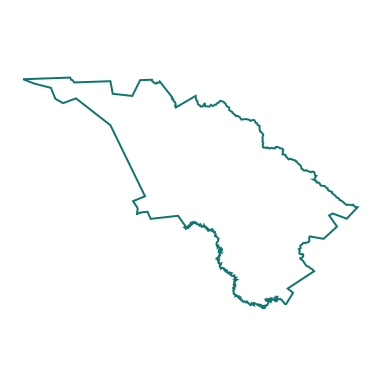 Usino Bundi District, Madang, Papua New Guinea, rotated 178°
{"feature_id": "67681753B48669646267730", "entity_name": "Usino Bundi District", "entity_type": "district", "adm_level": 2, "iso_a3": "PNG", "parent_name": "Papua New Guinea", "parent_adm1": "Madang", "projection": "mercator", "projection_center": [145.078, -5.469], "detail": "fine", "context": "isolated", "style": "outline", "palette": "teal", "viewbox_px": 384, "rotation_deg": 178, "n_neighbors": 0, "source": "geoboundaries", "source_scale": "gbopen_adm2", "svg_char_len": 5959}
<svg xmlns="http://www.w3.org/2000/svg" viewBox="0 0 384 384"><g transform="rotate(178 192 192)"><path d="M208.4,286.7L208.9,287.9L220.4,303.6L221.2,302.5L223.0,302.1L223.3,302.4L223.8,301.8L225.2,301.7L226.1,302.8L227.9,304.0L228.1,305.6L239.9,305.6L248.3,290.1L267.8,292.9L269.7,305.6L305.9,305.6L307.5,308.0L308.9,308.4L309.8,310.6L356.9,310.6L346.0,305.9L329.4,301.0L325.3,289.9L317.7,285.3L304.7,289.6L271.2,261.6L239.1,189.4L251.2,184.9L246.8,177.6L247.8,171.9L247.5,171.9L247.4,172.5L245.7,172.6L245.1,173.2L243.1,173.1L241.9,173.7L241.1,173.5L237.1,173.8L234.3,166.6L206.7,168.7L199.7,158.0L200.2,157.7L200.1,157.1L200.7,156.9L199.9,156.4L199.5,155.4L199.0,155.7L199.3,157.0L197.2,156.0L196.8,156.5L197.6,157.2L197.3,157.8L196.9,158.1L196.7,157.7L196.3,158.2L196.0,157.5L195.2,158.2L194.9,159.4L194.7,158.8L194.4,159.3L194.0,159.0L192.9,159.9L192.9,160.7L193.4,160.9L193.4,161.5L192.5,161.9L191.6,161.0L191.1,161.2L190.9,160.8L190.5,160.8L190.9,161.5L190.5,162.0L188.5,160.9L188.4,159.7L185.7,159.3L186.0,158.6L185.8,158.2L184.7,159.3L184.0,157.7L183.7,158.1L183.0,157.5L182.9,156.9L182.6,156.9L182.3,157.6L181.4,157.7L181.2,158.3L180.5,156.5L180.3,156.4L179.9,157.0L178.2,155.5L179.1,155.4L178.4,154.4L177.9,154.9L177.2,153.6L177.2,152.7L176.9,152.7L176.8,153.6L174.7,152.9L174.9,153.6L172.8,154.1L172.4,152.5L172.6,151.5L172.1,152.2L170.8,151.4L171.3,150.9L170.5,150.6L170.2,149.9L169.8,148.6L170.4,148.1L170.1,147.8L170.5,147.2L168.7,146.3L167.9,145.3L167.7,144.5L167.1,144.2L167.7,141.9L168.5,141.3L169.3,139.9L169.3,138.5L167.9,137.8L168.8,137.1L168.3,136.5L168.3,135.6L167.4,136.5L167.0,135.7L166.1,135.1L166.5,133.2L164.9,133.8L164.6,134.5L164.0,133.6L164.1,132.5L164.8,132.0L165.0,133.5L165.8,132.1L166.5,132.0L166.7,133.0L167.0,133.0L167.4,131.1L166.2,130.6L166.3,129.9L165.5,129.8L166.6,129.3L166.7,128.3L166.3,127.7L167.1,127.5L167.1,126.1L167.8,126.3L168.5,124.9L169.8,124.8L169.9,124.4L169.1,124.3L168.7,123.4L167.9,123.8L167.2,123.5L168.3,121.6L167.5,120.8L167.8,120.0L166.9,119.7L166.4,119.1L165.5,119.5L165.9,118.2L166.8,117.9L166.8,116.0L166.0,115.0L165.4,115.1L165.5,114.6L164.4,115.2L163.5,114.8L162.2,112.9L162.0,113.7L161.2,112.8L161.7,112.6L161.1,112.2L160.5,112.4L160.3,111.3L160.9,111.6L160.7,111.0L159.7,110.8L159.5,111.4L158.7,109.6L158.2,110.1L157.5,109.9L157.1,110.3L156.4,110.0L157.0,109.5L156.8,108.5L155.7,108.8L156.2,108.1L155.8,107.3L154.7,106.7L153.4,107.0L153.0,106.2L152.6,106.8L151.8,104.7L151.2,104.7L152.0,104.0L151.5,103.4L152.0,103.2L151.0,102.9L151.8,102.7L152.5,101.8L151.8,101.6L152.8,100.9L152.6,100.6L153.0,99.6L152.6,99.6L152.4,98.8L153.6,97.6L153.2,97.2L151.9,97.3L151.9,96.9L153.1,94.9L153.5,95.2L154.2,94.7L153.2,93.7L154.0,93.4L153.7,92.1L154.2,91.5L153.5,89.6L153.9,89.0L152.3,87.6L152.3,86.6L151.4,87.3L151.0,86.5L149.2,86.2L149.6,85.3L148.4,84.9L147.5,85.2L147.3,84.9L148.6,84.3L148.3,83.6L147.0,83.2L146.5,82.1L145.8,82.2L144.9,80.7L144.5,80.4L143.6,80.8L142.7,80.6L142.4,80.0L141.5,80.6L140.7,80.6L140.7,79.6L139.7,79.3L139.5,78.7L138.8,78.4L137.8,77.1L136.9,77.1L136.2,78.9L135.6,78.3L134.6,78.0L134.7,77.1L134.0,76.7L134.3,78.2L134.1,78.9L133.7,79.0L129.9,76.6L129.6,77.5L129.3,77.5L128.7,76.5L127.5,76.6L128.1,75.6L127.8,75.2L126.6,75.4L125.7,74.6L125.8,73.7L124.8,73.4L123.4,73.4L123.3,74.8L124.3,75.7L122.7,75.9L122.2,75.5L121.5,76.4L120.7,76.5L119.7,78.3L119.5,80.2L121.7,80.8L122.4,81.7L122.3,82.0L121.3,81.3L120.5,82.6L118.1,81.4L117.8,81.6L117.7,82.8L116.7,83.1L115.9,82.8L115.8,82.3L117.6,80.3L117.6,79.8L117.2,79.4L116.8,80.5L115.7,81.8L114.0,81.3L111.9,79.8L111.3,79.8L111.1,80.2L111.5,80.6L112.8,80.9L113.5,82.0L113.3,83.1L112.5,82.4L111.7,82.2L111.4,82.4L111.5,84.4L110.3,84.3L110.6,83.2L109.7,81.6L107.6,82.0L105.8,80.7L103.1,76.9L101.9,76.7L94.5,87.7L99.7,92.2L72.7,108.6L74.6,110.7L76.9,112.0L77.5,112.9L80.5,114.5L83.7,119.7L86.1,121.5L86.2,122.1L84.1,122.7L83.2,123.8L83.0,125.0L83.2,125.9L84.0,126.3L85.0,125.8L86.3,126.3L86.9,126.9L86.9,127.8L86.3,129.1L87.2,131.2L85.5,131.9L85.4,132.7L85.7,134.0L85.4,134.9L83.6,136.0L82.7,137.1L82.2,137.0L81.5,137.3L80.5,136.9L79.6,137.6L77.8,137.6L76.4,138.9L76.5,142.3L75.9,143.5L62.1,140.6L48.3,152.4L55.8,163.8L52.1,165.6L38.3,159.9L27.1,171.0L29.4,171.4L31.6,173.7L32.4,173.2L36.6,174.0L38.0,173.6L42.6,177.9L44.8,178.9L45.1,179.9L46.2,181.0L46.6,180.9L48.1,182.1L48.7,183.1L52.3,186.2L52.1,187.1L52.3,187.3L55.8,188.8L56.4,191.0L57.4,191.3L59.3,193.4L63.1,193.9L64.2,196.2L64.9,196.9L67.0,197.1L67.5,197.7L67.3,198.6L70.0,200.1L69.2,200.1L68.5,201.9L67.2,203.7L68.2,203.9L69.2,207.6L69.8,208.0L71.3,208.1L72.9,207.7L73.9,208.4L75.2,208.6L77.1,209.9L77.8,209.5L79.4,209.5L80.7,211.0L81.7,211.3L82.2,213.9L83.7,215.8L84.8,216.5L86.5,219.0L87.0,218.9L88.4,220.3L90.1,220.6L91.2,221.4L92.2,221.6L94.5,221.3L95.7,223.2L97.0,224.0L97.1,225.6L98.3,225.9L99.2,226.5L100.2,226.5L99.8,228.5L100.0,229.1L99.2,231.0L100.4,232.2L102.8,232.8L104.2,233.8L106.0,234.2L107.0,233.8L107.1,233.0L108.8,232.6L110.6,233.3L113.5,232.8L114.5,233.7L115.1,233.5L115.4,233.8L116.2,233.3L117.1,233.9L119.0,233.9L119.7,234.8L119.6,236.8L119.1,237.9L119.2,239.1L119.8,239.8L119.4,242.5L119.8,243.7L118.7,247.0L121.0,249.8L121.7,249.9L121.8,250.2L122.4,253.4L122.1,255.7L124.1,256.8L124.6,258.4L125.9,258.9L127.2,261.6L127.6,261.8L129.3,261.7L130.9,261.0L132.5,262.3L133.8,262.5L134.9,263.0L140.3,262.7L141.8,265.2L143.7,266.5L144.6,266.1L145.3,266.2L146.1,267.5L146.7,267.7L148.7,269.7L149.1,270.6L151.9,272.5L151.9,275.0L154.5,276.8L155.8,279.6L156.8,280.2L157.2,281.0L160.4,282.1L162.2,280.8L162.2,280.4L164.0,279.7L164.9,278.4L166.1,278.5L167.1,277.6L168.5,277.3L170.1,278.5L171.6,276.7L175.8,277.3L176.2,277.8L175.9,279.6L176.3,279.9L177.2,279.2L177.4,278.2L178.2,277.2L180.4,277.1L180.7,277.9L182.7,279.2L183.2,280.4L183.5,282.9L184.3,283.4L184.8,285.2L185.0,287.9L205.3,277.0L205.7,277.7L205.5,278.6L205.9,279.0L205.2,279.7L205.7,282.2L207.1,283.3L207.4,285.2L208.1,285.2L208.8,285.9L208.4,286.7Z" fill="none" stroke="#0f766e" stroke-width="2"/></g></svg>